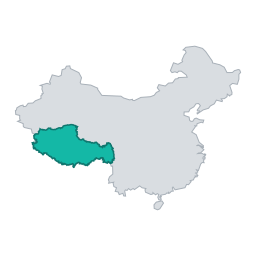 where Xizang sits in China
{"feature_id": "CHN-1662", "entity_name": "Xizang", "entity_type": "Autonomous Region", "adm_level": 1, "iso_a3": "CHN", "parent_name": "China", "parent_adm1": "", "projection": "robinson", "projection_center": [89.0, 31.884], "detail": "fine", "context": "in_parent", "style": "filled", "palette": "teal", "viewbox_px": 256, "rotation_deg": 0, "n_neighbors": 0, "source": "natural_earth", "source_scale": "10m", "svg_char_len": 9127}
<svg xmlns="http://www.w3.org/2000/svg" viewBox="0 0 256 256"><path d="M150.9,194.5L145.5,192.2L145.0,189.8L145.9,188.5L142.1,187.8L139.7,185.9L134.4,189.6L133.1,188.5L130.6,190.1L128.5,188.6L127.1,190.4L125.4,189.9L124.7,191.0L125.6,196.1L123.7,195.9L122.9,193.3L119.2,194.6L118.2,192.0L115.2,191.4L116.5,187.7L113.9,186.6L113.1,183.2L113.7,182.2L108.6,183.2L109.1,181.7L108.4,179.8L109.5,176.9L112.8,174.1L112.6,166.1L111.2,166.2L110.3,163.4L108.6,161.7L107.2,163.1L103.1,162.1L104.2,160.5L103.6,159.2L102.5,159.8L103.3,158.2L102.0,157.3L99.5,159.2L96.4,157.9L91.0,161.1L88.7,164.3L85.9,165.3L83.1,163.7L77.6,162.7L73.6,167.3L72.5,163.6L68.6,164.9L64.5,163.6L63.7,164.4L62.6,163.5L62.1,164.5L60.8,162.8L58.6,162.6L58.8,161.3L55.1,159.8L54.6,158.4L52.5,158.5L46.5,153.2L44.0,153.1L42.8,154.5L35.0,148.1L33.6,148.6L33.6,145.6L32.3,142.9L35.6,143.0L33.9,135.9L34.9,134.6L32.2,132.9L31.4,129.1L24.3,127.5L23.3,126.4L23.2,123.6L17.6,121.3L20.5,120.2L19.7,119.2L19.7,115.4L15.8,114.5L15.4,110.6L16.4,110.0L16.9,107.8L20.2,105.8L23.0,105.1L23.4,106.6L25.8,106.4L28.2,103.3L32.9,103.0L35.3,100.8L41.0,98.5L40.9,95.7L42.3,94.7L41.8,93.9L43.3,93.4L41.9,89.0L42.4,86.2L40.2,85.4L47.0,83.3L50.1,84.3L50.5,82.9L49.4,82.1L52.2,74.9L58.6,76.5L61.2,75.4L62.1,69.7L65.2,68.7L66.4,66.2L69.8,65.9L70.4,68.6L78.8,72.6L81.5,77.7L80.2,82.5L81.0,84.0L90.8,85.1L97.7,88.2L97.6,89.3L101.8,95.4L121.0,96.2L123.6,98.0L129.6,99.9L132.5,99.3L132.6,100.3L134.4,100.6L140.9,97.4L150.5,96.7L154.3,95.2L156.3,92.5L159.6,90.8L157.3,87.8L158.8,84.6L165.3,86.0L168.5,83.1L172.6,82.8L175.3,79.0L178.1,78.6L178.3,77.6L187.2,77.2L186.3,75.0L181.3,71.2L178.6,71.2L177.3,72.7L175.0,71.8L172.0,72.6L170.4,70.6L173.5,62.8L178.0,64.3L182.6,61.7L181.9,60.2L184.2,54.9L186.1,52.6L185.4,50.5L183.1,49.9L185.9,47.3L194.9,46.2L202.5,48.4L205.6,51.5L212.3,61.1L212.5,62.9L219.9,64.8L224.2,67.2L227.0,72.6L232.4,72.5L234.4,70.7L238.3,69.5L239.7,70.0L240.6,72.5L238.9,74.3L238.9,79.2L237.3,84.3L232.5,83.4L229.7,85.6L232.0,92.4L231.8,94.6L229.5,95.4L230.0,96.3L227.3,94.1L227.0,96.7L224.4,98.6L221.2,98.8L222.4,100.6L222.1,101.6L216.4,100.1L214.3,103.8L210.4,105.9L208.5,108.3L203.2,109.9L197.3,113.9L197.0,113.0L199.1,112.2L199.4,110.9L197.4,110.9L197.2,110.1L200.4,105.7L198.5,103.5L196.0,103.8L193.8,106.9L190.0,109.1L188.7,111.8L184.1,112.0L184.0,115.3L189.1,117.1L189.6,120.4L190.9,121.3L192.8,121.3L194.4,118.8L196.2,118.1L199.8,119.8L203.8,120.1L202.9,122.8L201.3,122.2L197.1,123.7L196.7,126.0L194.9,125.7L195.4,126.7L191.7,132.0L196.2,134.7L199.2,142.3L203.5,145.8L203.3,146.8L198.2,144.9L196.4,145.7L199.0,145.4L203.9,149.7L200.5,152.9L198.7,152.9L197.7,153.6L201.9,153.3L205.4,155.3L203.2,157.1L205.1,157.1L205.0,158.8L203.1,158.8L204.1,159.6L203.4,161.1L204.1,162.7L202.2,162.5L200.7,164.0L198.4,170.5L196.5,169.8L197.8,171.9L196.2,173.2L194.9,172.9L196.9,173.4L197.1,176.3L195.3,176.0L195.8,177.0L194.6,177.1L193.4,179.9L190.2,180.6L191.1,181.6L188.5,184.7L186.6,184.4L185.0,187.7L175.1,189.8L173.0,187.0L172.3,187.9L173.3,191.1L171.5,191.2L169.5,193.2L168.5,192.3L168.4,193.4L166.9,192.9L165.6,194.2L160.8,195.2L159.8,197.1L161.3,199.1L160.7,200.1L158.8,199.8L157.8,197.2L158.8,194.6L157.3,193.6L155.6,194.8L152.9,192.6L153.0,193.9L150.9,194.5ZM161.9,200.9L163.5,203.1L159.8,208.8L157.6,209.8L154.2,208.4L154.0,204.8L156.3,202.1L161.9,200.9ZM203.8,147.7L202.4,147.5L201.0,146.3L202.1,146.5L203.8,147.7ZM206.1,154.4L205.1,154.6L204.8,154.0L206.1,154.4ZM197.9,175.3L197.4,176.1L197.4,175.1L197.9,175.3ZM160.3,196.8L161.3,196.4L161.2,197.0L160.3,196.8Z" fill="#d9dde1" stroke="#a8b0b8" stroke-width="1"/><path d="M35.2,139.3L34.2,138.5L34.0,138.1L34.1,137.2L33.9,136.0L33.9,135.6L34.9,135.0L34.9,134.7L34.8,134.4L35.1,134.2L35.8,133.9L36.3,134.0L36.9,133.8L37.8,134.1L38.1,134.0L38.8,132.7L38.5,131.7L39.1,131.4L39.1,130.9L39.7,130.1L40.1,129.4L40.1,128.9L40.9,129.4L42.4,129.7L42.8,129.9L43.1,129.9L43.1,129.6L43.7,129.8L44.5,129.8L45.3,130.2L46.8,129.8L47.1,129.3L48.0,128.8L48.1,128.4L48.5,128.1L49.6,128.3L50.1,128.1L50.6,128.2L50.6,129.0L51.2,129.4L51.6,129.3L53.1,129.6L54.1,129.6L54.6,129.4L55.3,129.6L56.8,128.7L57.6,128.5L58.2,128.1L59.1,127.8L59.6,127.9L60.2,127.8L60.6,128.0L60.7,128.3L61.4,127.7L62.2,127.8L62.7,127.2L63.2,126.1L64.0,125.8L64.3,125.6L65.0,125.6L65.5,125.4L67.0,125.2L67.6,124.9L68.5,125.1L69.7,124.9L70.2,124.7L71.3,124.6L72.0,124.6L72.9,124.9L73.4,124.9L74.0,125.4L74.9,125.4L76.7,126.3L76.1,126.4L75.7,126.7L76.0,127.3L77.1,127.5L76.7,128.9L76.9,129.2L76.0,129.7L75.8,130.3L76.3,131.0L76.3,131.6L77.1,131.6L77.3,132.0L76.8,132.6L77.1,133.4L77.2,134.1L77.4,134.3L77.1,135.1L76.6,135.4L76.5,135.6L77.0,136.4L77.5,136.9L77.5,137.1L77.8,137.3L77.9,137.7L78.6,138.1L78.8,138.3L78.8,138.8L79.2,139.3L79.6,139.3L80.3,139.8L81.0,140.0L81.3,140.0L81.7,139.6L82.4,139.5L82.6,139.1L83.3,139.1L83.5,139.2L83.4,139.4L84.0,140.3L84.7,140.8L85.1,140.8L85.7,141.4L86.2,141.2L86.6,141.3L86.7,141.9L87.3,141.7L88.4,141.9L88.7,141.8L89.2,141.9L89.8,141.9L89.9,142.3L90.5,142.2L91.2,142.7L91.5,142.7L91.7,142.9L92.1,142.7L92.7,142.7L92.9,142.8L93.1,143.0L94.2,143.1L94.4,142.9L95.0,142.8L95.1,142.5L95.3,142.6L96.1,142.2L96.7,142.8L97.4,143.2L97.5,143.9L98.0,144.2L98.7,144.2L98.9,144.5L99.2,144.6L99.4,145.3L99.2,145.4L99.1,145.6L99.3,146.2L99.6,146.5L100.3,146.5L100.6,146.5L100.8,146.8L101.9,146.7L102.1,146.8L102.4,147.5L102.6,147.3L102.5,146.7L102.2,146.3L102.4,146.0L102.9,145.8L103.5,146.5L104.7,146.8L104.8,146.6L104.6,146.2L104.8,145.8L104.5,145.5L105.6,145.3L106.1,145.3L106.3,145.1L106.6,145.0L106.6,144.8L106.5,144.6L106.6,144.2L107.1,144.0L107.1,143.6L106.8,143.4L106.9,143.0L107.8,143.1L108.0,143.3L108.3,142.8L109.5,143.2L110.3,143.7L110.3,144.2L111.3,145.4L111.2,146.2L111.8,146.9L111.9,147.2L113.1,148.4L112.6,149.0L112.2,148.6L112.0,149.2L112.4,149.4L112.8,150.1L112.8,150.6L113.5,151.3L113.3,151.6L113.5,152.6L113.7,154.0L113.9,154.5L114.0,155.1L113.8,155.6L113.7,156.3L114.0,156.8L114.1,157.9L114.3,158.3L113.7,158.5L113.9,159.2L113.5,159.6L113.5,159.8L113.7,160.0L113.3,160.2L113.0,159.4L112.4,159.6L112.4,160.0L112.6,160.6L112.2,160.9L112.5,162.0L112.2,162.6L111.7,163.0L111.1,162.4L110.9,163.0L110.4,163.4L109.9,163.1L109.9,162.8L109.5,162.4L109.0,162.4L108.7,161.8L108.6,161.7L108.4,161.8L108.1,161.6L107.7,162.3L107.7,162.7L107.2,163.1L106.4,162.4L105.8,162.5L104.8,162.0L104.2,162.0L103.4,162.3L103.2,162.1L103.3,161.8L103.9,161.1L103.9,160.9L104.3,160.7L103.7,159.4L103.4,159.2L102.9,159.6L102.7,159.7L102.6,158.9L102.7,158.7L103.2,158.6L103.3,158.2L103.2,158.1L102.8,158.3L102.6,158.1L102.4,157.7L102.2,157.7L101.3,157.9L101.1,157.7L100.9,157.8L100.8,158.4L100.2,158.2L100.0,158.4L100.0,158.7L99.9,159.1L99.4,159.2L98.8,159.1L98.7,159.0L97.9,158.7L97.0,158.6L96.7,158.1L96.3,157.9L96.0,158.4L95.5,158.4L95.3,158.7L95.1,158.7L95.0,158.9L95.3,159.3L94.9,159.7L94.6,159.7L93.9,160.1L93.7,160.9L93.4,160.8L91.8,160.9L91.3,161.2L91.1,161.6L90.7,162.0L90.9,162.2L90.8,162.5L89.9,162.8L89.3,163.2L89.1,163.2L88.7,163.4L88.6,163.8L88.8,163.8L89.0,164.1L88.8,164.5L88.3,164.8L87.7,164.9L87.6,164.7L87.5,165.0L87.3,164.9L87.2,165.1L87.0,164.7L86.3,165.2L86.0,165.2L85.8,165.4L85.5,165.3L85.3,165.0L85.0,165.0L84.8,164.8L84.5,164.8L84.6,164.4L83.7,164.1L83.2,163.6L82.8,163.7L82.2,164.2L81.7,163.9L80.7,163.6L79.9,163.7L80.0,163.5L80.4,163.1L79.6,162.7L79.2,162.8L78.9,162.4L78.7,162.6L78.3,162.5L77.7,162.6L77.1,163.2L76.3,163.4L75.8,163.9L75.4,164.7L75.0,165.0L74.6,165.9L74.3,165.9L74.0,166.3L73.9,166.7L74.0,167.2L73.9,167.3L73.6,167.3L73.1,166.7L73.0,166.2L73.3,165.7L73.5,164.8L73.3,164.4L73.3,164.1L72.5,163.6L71.6,164.2L70.5,164.3L70.5,164.5L69.4,164.5L69.0,165.0L68.4,165.0L68.2,164.8L67.5,165.0L67.6,164.8L67.5,164.7L67.2,164.9L66.7,164.9L66.1,164.3L65.7,164.3L65.4,164.0L65.0,164.0L65.0,163.7L64.8,163.6L64.5,163.7L64.3,163.6L64.1,164.3L63.8,164.5L62.9,164.1L62.8,163.7L62.8,163.4L62.7,163.3L62.4,163.7L62.5,164.4L62.3,164.6L62.0,164.6L61.5,163.4L61.0,163.0L60.9,162.5L60.5,162.9L59.8,162.7L59.6,162.9L58.5,162.6L58.4,162.0L58.7,161.6L58.8,161.3L58.3,161.1L57.8,161.6L57.4,161.5L56.8,161.2L56.6,160.8L55.9,160.6L55.7,160.1L55.1,159.9L55.0,159.7L55.1,159.3L54.9,159.1L54.7,158.7L54.8,158.5L54.6,158.4L54.5,158.2L53.8,158.0L53.0,158.3L52.7,158.7L52.3,158.5L52.2,158.2L51.8,157.7L51.6,157.2L51.3,157.2L51.3,156.9L50.9,156.5L50.6,156.5L50.1,156.3L49.8,156.2L49.6,156.3L49.0,155.7L48.7,155.5L48.4,155.1L47.5,154.6L46.9,154.4L46.8,154.1L46.9,153.9L46.6,153.6L46.7,153.2L45.4,153.0L44.8,152.8L44.5,152.9L44.4,153.2L43.9,153.0L43.7,154.0L43.4,154.1L43.4,154.3L43.2,154.7L42.7,154.6L42.2,153.5L41.5,153.2L41.3,152.9L40.8,152.6L40.4,152.5L39.4,152.1L39.1,152.1L39.2,151.9L39.1,151.6L39.3,151.3L39.1,151.0L38.7,151.0L37.8,150.2L37.4,150.1L36.8,150.3L36.4,150.0L36.1,149.9L36.0,149.5L35.5,148.9L35.5,148.5L35.1,148.0L34.9,147.9L34.2,148.8L33.6,148.6L33.6,147.9L33.4,147.6L33.9,147.2L33.5,146.9L33.3,146.4L33.6,145.5L33.3,145.2L32.8,144.4L32.6,144.3L32.6,143.4L32.3,142.8L33.3,142.6L33.7,142.4L33.8,143.2L34.5,143.7L35.0,143.6L35.2,143.1L35.9,142.9L36.0,142.6L36.3,142.9L36.5,142.9L37.2,141.9L36.4,140.8L36.1,140.7L36.4,140.5L36.3,140.1L36.5,139.9L36.6,139.5L36.5,139.4L35.2,139.3Z" fill="#14b8a6" stroke="#0f766e" stroke-width="1.5"/></svg>